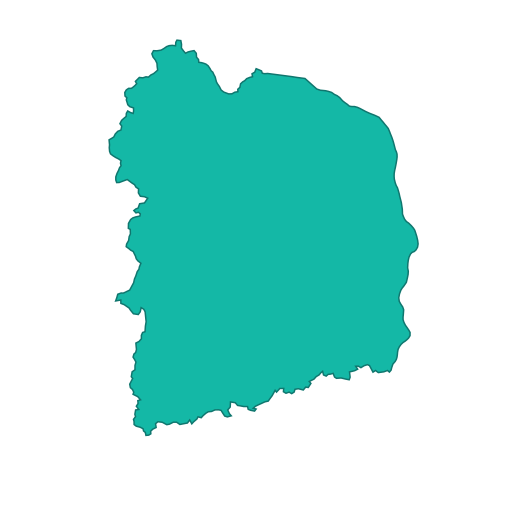 Palmeirópolis, Tocantins, Brazil (Albers equal-area conic projection), rotated 11°
{"feature_id": "56859067B97486789704660", "entity_name": "Palmeirópolis", "entity_type": "district", "adm_level": 2, "iso_a3": "BRA", "parent_name": "Brazil", "parent_adm1": "Tocantins", "projection": "albers", "projection_center": [-48.365, -13.041], "detail": "fine", "context": "isolated", "style": "filled", "palette": "teal", "viewbox_px": 512, "rotation_deg": 11, "n_neighbors": 0, "source": "geoboundaries", "source_scale": "gbopen_adm2", "svg_char_len": 5410}
<svg xmlns="http://www.w3.org/2000/svg" viewBox="0 0 512 512"><g transform="rotate(11 256 256)"><path d="M126.8,326.9L131.7,325.0L132.4,328.3L135.9,328.9L141.4,331.3L143.0,333.0L146.7,336.1L151.6,335.9L153.0,332.9L153.1,328.6L156.0,329.7L157.8,331.9L160.7,341.5L160.8,345.8L161.5,351.5L159.3,352.7L158.6,355.7L159.3,359.1L157.5,362.2L154.7,364.4L155.5,367.2L156.5,370.6L156.3,373.7L154.9,375.5L154.6,378.7L156.3,380.5L158.4,383.0L158.1,386.5L158.9,390.8L156.5,393.3L156.6,398.3L158.3,399.7L156.5,405.9L157.8,409.2L160.2,410.6L162.0,413.0L161.7,415.2L166.7,416.6L170.1,419.2L167.6,420.5L168.4,423.3L167.2,426.3L170.2,429.0L167.2,430.1L167.3,434.5L168.4,436.7L166.9,439.7L167.9,441.8L168.5,444.7L170.9,445.9L175.0,446.2L178.1,447.1L179.0,449.2L181.0,450.3L182.2,453.1L184.9,452.3L186.7,450.6L186.0,448.1L187.8,445.6L190.7,443.4L189.4,439.8L191.3,437.4L195.7,437.1L200.6,438.6L203.1,437.6L206.6,434.9L209.8,434.3L213.4,435.9L216.6,434.6L220.6,433.0L222.2,429.6L225.0,433.0L226.4,430.7L229.1,427.3L229.8,424.9L233.1,425.2L234.6,422.7L236.9,419.8L238.9,418.0L242.0,417.1L245.1,414.9L248.8,414.1L251.2,414.2L253.1,416.3L255.8,419.1L258.6,419.4L262.2,417.6L260.0,415.9L257.6,412.5L259.5,409.2L258.8,404.1L263.7,404.0L266.4,406.2L269.1,406.1L272.6,406.1L276.4,405.4L277.6,408.0L280.1,408.5L284.2,408.5L285.3,406.2L282.3,406.0L284.1,403.6L286.9,401.5L289.6,399.6L292.5,397.5L295.7,396.1L296.9,393.4L298.5,390.1L300.4,384.2L302.1,385.7L304.7,381.5L308.5,380.7L308.8,384.0L311.6,385.0L314.5,383.3L317.3,384.3L319.4,382.3L319.7,379.4L322.9,378.2L328.0,378.5L329.8,375.2L332.4,375.1L334.2,370.6L332.2,369.0L336.4,365.8L338.1,362.9L340.6,360.7L341.9,358.3L343.4,356.5L345.0,359.9L347.8,360.5L349.4,358.4L351.7,357.7L354.1,356.5L356.2,359.8L358.3,360.7L362.8,359.5L367.4,359.7L371.1,359.7L371.5,357.0L369.9,351.9L372.3,350.9L374.8,349.7L377.4,347.7L374.9,345.2L377.5,344.6L380.3,345.6L383.0,343.1L386.1,341.4L388.3,341.9L393.0,347.7L395.2,345.6L398.3,347.1L403.6,345.3L406.9,343.3L409.1,344.5L410.4,342.2L410.5,339.7L411.0,336.0L412.7,333.0L413.5,330.7L413.7,328.4L413.6,326.1L413.3,323.3L413.3,320.5L414.0,317.8L415.3,315.0L416.9,312.8L418.5,311.3L420.0,309.5L421.4,307.5L422.4,304.8L421.8,301.6L420.2,299.7L418.0,297.5L415.8,295.4L413.8,292.8L412.5,290.4L412.0,287.9L411.8,285.6L411.5,283.0L411.2,280.6L409.7,278.0L407.3,275.6L405.3,273.2L404.1,269.8L404.1,265.8L404.7,262.0L405.6,259.6L406.7,257.6L407.7,255.3L408.6,253.2L408.7,250.9L408.8,248.2L408.8,245.0L408.4,241.9L407.1,238.7L406.5,234.4L406.3,231.3L406.4,228.0L407.3,224.5L408.6,222.6L410.5,221.4L411.9,219.5L412.9,216.5L412.8,213.2L411.7,209.8L410.0,206.0L408.2,202.7L406.9,200.4L405.3,198.7L402.8,196.7L399.6,194.6L397.1,193.5L394.9,191.6L393.2,189.2L391.8,186.9L391.3,184.7L390.7,182.2L389.8,179.6L388.5,175.9L386.8,172.3L385.7,170.0L384.7,167.6L383.2,164.6L381.8,162.0L380.2,160.1L378.7,157.6L377.1,154.1L376.4,151.6L375.9,148.7L375.8,145.6L375.9,142.5L375.9,138.7L375.8,134.4L375.6,131.8L375.0,129.1L374.0,127.1L372.5,125.0L370.8,121.4L369.3,118.3L368.3,116.4L366.7,113.6L364.8,110.7L363.2,108.1L361.5,105.6L359.3,103.7L357.4,102.2L355.2,100.3L352.9,98.5L350.4,96.4L347.3,95.6L345.1,95.1L342.8,94.7L340.1,94.2L336.3,93.3L332.7,92.2L329.7,91.3L327.1,90.7L324.1,90.5L321.6,91.0L319.1,91.1L316.7,89.7L314.2,88.6L311.3,87.1L307.9,84.5L304.9,83.1L302.3,82.5L299.0,81.0L295.8,80.6L292.8,80.5L290.4,80.7L287.6,81.0L283.8,80.5L270.2,72.4L262.4,72.9L256.8,73.1L232.7,74.6L229.7,75.4L227.3,75.4L226.1,73.3L223.6,72.7L220.4,72.1L219.7,75.8L217.3,77.9L218.4,80.7L215.9,81.8L213.0,83.7L211.5,86.0L209.7,87.6L208.0,89.9L208.0,93.5L206.3,95.8L206.9,98.2L204.0,99.2L201.4,101.4L198.2,102.1L193.0,101.2L190.1,99.7L187.7,96.6L185.4,94.4L184.0,92.7L183.0,90.7L181.8,88.1L180.0,85.9L178.5,83.8L176.6,82.7L175.0,80.7L172.7,78.4L170.3,77.2L168.0,76.8L165.4,76.6L162.9,76.8L162.1,74.1L159.7,72.2L158.7,68.4L156.0,66.2L152.8,67.5L150.3,68.7L148.1,70.4L145.9,68.7L143.1,66.1L142.5,62.4L141.1,58.9L137.2,59.2L136.5,61.5L136.9,65.0L133.6,65.2L130.6,66.1L128.3,67.5L126.1,69.8L123.6,72.0L119.5,73.5L116.2,74.0L115.2,77.4L117.0,80.4L119.8,82.8L122.0,85.7L122.9,89.1L124.0,92.3L122.4,94.4L120.7,96.5L118.3,98.3L116.3,100.9L113.8,101.1L110.9,102.7L107.4,103.0L105.8,105.4L104.3,107.6L106.0,109.6L104.7,111.7L103.3,113.5L101.7,115.2L99.0,115.7L97.0,117.7L96.0,120.5L96.9,124.0L99.0,125.3L98.9,127.5L100.2,129.9L101.3,132.0L103.6,133.5L107.5,134.0L108.2,137.1L108.2,139.5L105.3,139.1L102.4,138.1L101.5,140.7L101.9,143.8L100.0,146.1L98.2,148.5L97.2,152.1L99.4,154.1L99.4,158.1L96.5,160.0L94.6,163.0L93.7,166.3L91.9,168.0L89.6,170.0L91.0,174.8L91.3,177.7L92.3,181.2L93.7,183.5L96.3,184.8L99.3,186.0L102.5,186.9L105.3,188.1L105.3,190.8L106.3,193.1L105.2,195.4L104.7,198.3L103.8,201.5L103.3,205.1L103.9,208.2L105.2,210.5L107.6,210.0L115.0,205.5L118.0,206.9L120.0,207.9L123.2,209.2L125.1,211.4L127.9,212.5L128.5,216.5L131.1,219.4L135.3,219.1L138.7,219.9L136.4,225.2L131.8,226.9L131.1,231.5L129.1,232.7L127.4,234.7L129.9,236.6L132.3,235.5L134.4,236.7L134.4,238.9L130.4,240.6L127.8,242.1L126.0,244.1L124.6,248.3L125.4,253.2L127.5,253.9L128.5,258.3L127.8,261.2L128.0,265.1L126.7,269.0L126.8,271.6L129.8,273.0L131.9,274.2L134.6,275.0L136.3,277.3L137.7,279.1L139.0,281.6L141.1,283.4L144.4,285.1L143.6,288.9L143.6,291.3L142.4,294.0L141.8,298.7L141.1,301.7L141.0,305.6L138.5,313.6L132.9,317.7L130.6,318.1L127.6,319.9L127.3,323.6L126.8,326.9Z" fill="#14b8a6" stroke="#0f766e" stroke-width="1.5"/></g></svg>